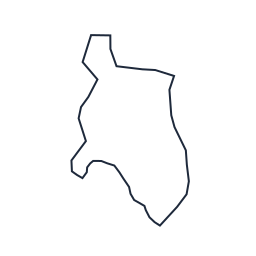 the district of Analiontas, Nicosia, Cyprus, rotated 131°
{"feature_id": "46923920B57041091158148", "entity_name": "Analiontas", "entity_type": "district", "adm_level": 2, "iso_a3": "CYP", "parent_name": "Cyprus", "parent_adm1": "Nicosia", "projection": "mercator", "projection_center": [33.3, 35.009], "detail": "fine", "context": "isolated", "style": "outline", "palette": "slate", "viewbox_px": 256, "rotation_deg": 131, "n_neighbors": 0, "source": "geoboundaries", "source_scale": "gbopen_adm2", "svg_char_len": 656}
<svg xmlns="http://www.w3.org/2000/svg" viewBox="0 0 256 256"><g transform="rotate(131 128 128)"><path d="M180.7,39.9L155.3,39.2L139.6,40.3L128.3,47.1L117.1,59.5L106.9,69.7L96.8,93.5L90.0,103.7L72.0,121.8L58.5,127.4L66.4,145.5L74.3,155.7L88.9,177.2L79.9,193.1L69.7,202.1L82.1,216.8L108.0,205.5L111.4,182.9L130.6,178.3L143.0,177.2L153.1,171.6L165.5,151.2L189.6,149.4L197.5,141.9L196.9,135.7L195.7,129.5L188.4,130.1L184.5,133.0L179.5,133.3L175.7,132.7L170.4,126.5L168.3,120.6L165.3,113.7L167.1,105.4L169.2,98.3L171.8,88.5L176.0,82.9L178.3,76.1L176.0,64.5L178.3,60.7L181.3,53.2L181.6,46.1L180.7,39.9Z" fill="none" stroke="#1e293b" stroke-width="2"/></g></svg>